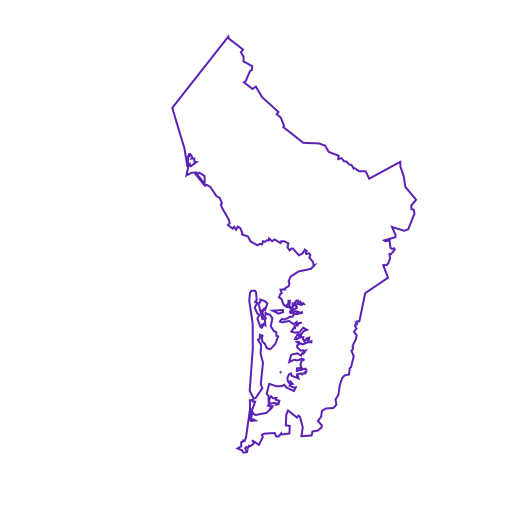 the district of Western Bay of Plenty District, Bay of Plenty, New Zealand, rotated 218°
{"feature_id": "76426892B94819834972279", "entity_name": "Western Bay of Plenty District", "entity_type": "district", "adm_level": 2, "iso_a3": "NZL", "parent_name": "New Zealand", "parent_adm1": "Bay of Plenty", "projection": "orthographic", "projection_center": [176.081, -37.7], "detail": "fine", "context": "isolated", "style": "outline", "palette": "violet", "viewbox_px": 512, "rotation_deg": 218, "n_neighbors": 0, "source": "geoboundaries", "source_scale": "gbopen_adm2", "svg_char_len": 6147}
<svg xmlns="http://www.w3.org/2000/svg" viewBox="0 0 512 512"><g transform="rotate(218 256 256)"><path d="M101.1,188.3L105.0,191.9L105.6,197.5L110.2,205.2L112.9,212.7L112.7,216.4L109.8,219.8L113.0,225.4L112.7,227.0L117.2,237.1L122.4,240.1L122.2,242.1L124.6,244.8L126.1,252.2L128.0,255.6L132.1,256.5L132.2,260.6L134.9,261.9L135.4,263.1L134.5,264.3L136.2,265.1L135.4,265.6L136.0,267.0L134.3,268.1L147.1,294.0L138.6,320.1L150.1,327.1L147.4,329.4L147.3,331.9L148.9,336.6L152.0,339.8L150.7,340.8L150.6,346.5L151.9,347.1L153.2,345.3L155.1,345.2L160.3,350.5L163.0,347.4L164.6,347.2L157.7,356.7L159.2,358.6L166.7,362.6L154.8,367.1L152.5,370.7L157.2,386.9L160.1,389.6L162.3,388.6L164.7,391.3L164.5,398.9L180.9,402.4L188.7,409.8L197.2,415.3L200.3,419.0L214.4,386.6L221.7,390.3L227.0,386.2L232.2,386.0L232.9,385.0L236.5,386.5L239.0,385.6L242.9,386.1L245.0,384.8L248.8,385.8L250.9,383.0L252.6,385.9L262.8,382.8L269.6,385.5L275.6,383.5L288.4,374.3L313.9,374.4L314.1,375.9L321.8,380.4L327.0,380.5L326.9,383.3L349.0,384.9L360.4,389.4L361.7,385.4L372.5,385.5L371.8,387.3L374.5,397.9L373.8,400.1L375.9,403.3L385.6,401.6L388.4,405.3L393.4,407.2L393.3,410.7L411.3,410.6L412.9,411.9L413.2,321.2L378.5,296.6L364.7,283.9L370.6,292.8L371.8,292.8L370.5,293.1L371.4,295.1L370.8,295.7L369.8,294.3L369.1,295.5L367.3,294.7L366.8,293.0L364.7,294.9L362.5,292.3L360.7,293.4L362.5,286.8L363.7,287.1L364.1,285.9L364.9,287.3L365.1,286.4L360.4,276.6L358.2,281.6L354.9,284.8L352.1,285.6L351.9,286.8L345.8,287.4L340.6,280.8L349.8,283.5L354.9,283.5L339.8,279.9L338.5,281.8L334.5,282.3L324.0,278.8L320.4,279.5L315.2,276.5L315.4,274.9L312.2,273.0L299.4,267.7L297.0,265.8L297.1,263.2L291.3,263.1L291.3,265.6L287.9,264.5L288.5,268.0L285.7,268.3L281.2,265.9L280.5,264.4L274.3,266.4L269.3,264.1L261.4,265.4L260.4,267.9L258.4,268.9L259.6,272.0L257.8,272.5L257.0,275.3L255.6,276.0L256.5,277.9L252.4,277.6L251.6,280.5L244.6,281.3L245.2,283.1L242.8,285.0L238.3,285.9L236.5,282.3L233.0,281.2L232.4,284.1L231.5,284.5L222.6,283.0L220.9,286.6L221.5,291.1L219.0,291.1L219.0,289.5L217.7,288.6L215.8,290.8L213.8,290.3L213.0,287.6L207.3,286.4L204.9,284.2L204.3,285.0L204.8,279.7L212.9,270.1L216.1,261.1L214.8,256.2L212.7,254.9L211.7,252.5L213.6,247.1L213.0,247.1L216.0,244.6L212.9,242.7L213.4,241.2L212.4,237.5L209.5,237.9L204.7,234.8L200.8,234.5L199.3,235.5L201.5,236.0L201.2,238.4L202.8,240.7L201.7,241.6L198.9,237.0L196.6,237.2L197.5,236.0L194.9,235.7L195.5,238.5L197.9,241.2L195.4,241.9L196.7,243.2L196.7,245.8L195.7,246.7L194.8,245.4L193.1,247.3L191.8,246.2L189.6,247.9L188.7,247.6L190.8,246.4L190.1,245.5L193.9,243.8L195.5,240.5L193.2,241.4L191.8,240.2L195.1,233.3L194.1,232.3L192.5,232.6L193.3,232.8L193.1,234.2L191.9,234.0L191.3,236.4L189.6,237.5L188.9,236.4L188.0,238.2L185.8,238.6L185.2,240.0L184.7,239.6L185.7,238.0L188.1,236.7L187.5,235.7L190.4,233.9L189.8,230.7L192.3,228.6L192.5,226.3L192.4,227.5L194.6,223.2L196.9,222.4L196.8,219.1L194.1,220.1L190.1,225.1L184.2,225.5L183.4,229.0L181.8,227.5L181.0,229.3L179.0,231.8L180.9,229.0L180.5,226.7L182.1,225.5L182.0,222.9L180.1,223.7L181.8,222.4L181.7,218.2L178.3,219.4L174.8,222.8L174.7,228.5L170.3,229.2L172.0,226.5L172.3,222.3L170.5,219.5L168.7,221.2L168.0,219.6L165.1,218.4L165.4,222.0L163.9,224.4L163.2,223.2L164.5,222.2L164.0,221.3L161.9,221.1L159.8,223.0L159.2,222.1L161.8,220.3L165.0,214.8L167.2,214.7L167.7,213.5L169.4,214.7L170.8,213.4L167.7,213.4L168.5,210.8L167.2,209.4L162.6,208.9L160.7,210.8L158.8,209.3L159.2,211.0L158.7,211.9L158.4,209.5L159.6,208.0L159.2,205.3L163.5,204.8L166.9,200.6L167.2,199.2L164.6,192.9L162.1,197.8L159.1,199.2L156.6,203.3L153.9,204.1L155.5,202.6L154.6,201.5L156.0,202.1L153.9,197.4L151.1,196.0L154.5,192.7L153.1,190.5L147.7,197.6L145.9,197.2L145.1,195.5L145.9,194.5L144.9,193.9L146.7,192.4L146.6,191.2L148.4,191.1L150.8,187.9L149.6,186.5L147.9,187.4L148.7,186.5L147.2,185.7L154.1,183.6L156.1,185.0L157.1,183.0L156.3,179.5L154.5,177.5L152.2,176.3L151.3,176.5L151.8,178.3L148.4,177.8L150.0,176.2L149.8,174.5L145.3,175.5L143.8,177.0L143.0,172.9L151.0,171.1L154.5,171.8L155.6,169.3L159.6,166.0L166.9,163.4L162.7,153.9L160.2,153.6L155.8,148.4L155.0,148.8L157.2,150.6L157.8,154.7L154.8,154.4L152.5,156.7L151.9,154.9L148.5,156.3L147.7,154.7L148.4,153.3L147.3,153.1L148.7,151.0L150.8,151.9L154.5,147.7L154.4,145.5L150.3,147.9L150.2,146.5L151.3,146.2L151.1,144.8L150.2,144.8L151.1,138.8L158.4,130.5L160.6,130.0L163.3,131.3L159.0,123.6L157.6,125.6L155.2,126.0L158.0,123.2L159.5,123.3L165.1,131.6L164.7,133.7L167.0,140.7L169.0,139.4L170.0,140.6L172.0,138.6L166.5,131.7L152.1,106.8L151.1,103.2L152.5,102.8L152.0,101.6L153.0,100.2L150.5,96.9L152.0,93.0L147.3,94.3L144.9,93.3L142.4,95.9L143.1,97.6L144.3,96.9L146.2,97.9L146.1,99.5L144.2,99.7L144.6,102.2L143.7,102.2L142.5,105.5L142.7,107.6L145.6,108.4L137.4,109.0L139.2,117.5L141.3,118.7L139.9,121.3L132.3,128.0L128.9,126.2L127.0,127.8L127.0,131.7L126.1,131.0L120.4,136.7L124.8,142.9L128.2,140.9L134.4,149.5L135.7,154.0L124.3,153.9L124.3,156.4L122.3,156.3L113.6,149.7L109.3,142.0L101.7,148.7L103.4,152.5L99.7,156.7L98.8,161.6L100.0,163.1L105.6,164.1L105.8,169.6L108.7,174.6L106.9,179.0L101.5,183.8L101.1,188.3ZM201.5,181.0L177.9,145.8L170.1,142.3L168.8,143.8L169.6,155.6L173.4,158.1L184.8,176.2L192.3,181.9L197.2,189.1L202.9,191.1L202.1,193.2L204.4,196.3L201.1,197.6L202.2,196.6L198.2,192.3L195.1,192.4L190.7,190.0L188.1,190.9L187.1,192.4L186.7,198.7L189.0,206.3L190.9,205.7L193.2,208.5L195.3,207.7L201.1,209.7L204.7,217.0L209.3,218.4L210.5,217.4L213.3,217.1L213.4,216.8L212.4,216.3L212.0,213.3L209.9,213.1L210.0,211.5L206.0,207.2L208.0,207.4L207.6,205.1L209.3,206.4L207.6,203.0L208.9,202.9L216.3,207.5L217.2,211.6L219.7,211.6L225.2,214.5L226.2,220.0L228.3,219.3L228.4,221.8L233.3,227.1L235.3,228.1L238.2,225.7L238.0,223.1L233.8,216.6L217.2,200.9L201.5,181.0ZM224.0,219.4L211.5,209.7L212.9,212.7L217.7,216.9L217.2,219.1L216.5,218.5L216.6,220.7L216.0,220.2L217.8,225.5L221.6,225.9L225.7,224.2L224.6,223.5L224.0,219.4ZM209.2,223.2L202.6,224.6L200.1,228.5L201.6,230.0L209.2,223.2ZM174.1,214.6L172.7,215.3L171.7,218.1L173.6,220.8L175.0,219.7L174.1,214.6ZM165.1,180.5L165.0,179.7L165.0,178.5L165.0,179.7L165.1,180.5Z" fill="none" stroke="#5b21b6" stroke-width="2"/></g></svg>